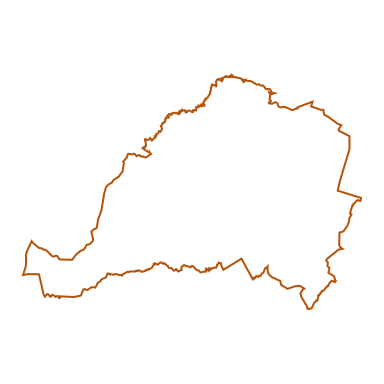 Naucalpan de Juárez, México, Mexico (Robinson projection)
{"feature_id": "50627088B48006947471790", "entity_name": "Naucalpan de Juárez", "entity_type": "district", "adm_level": 2, "iso_a3": "MEX", "parent_name": "Mexico", "parent_adm1": "México", "projection": "robinson", "projection_center": [-99.3, 19.474], "detail": "fine", "context": "isolated", "style": "outline", "palette": "amber", "viewbox_px": 384, "rotation_deg": 0, "n_neighbors": 0, "source": "geoboundaries", "source_scale": "gbopen_adm2", "svg_char_len": 5988}
<svg xmlns="http://www.w3.org/2000/svg" viewBox="0 0 384 384"><path d="M31.7,241.2L27.1,250.8L25.9,254.9L26.1,260.5L25.9,265.9L23.0,275.1L27.9,274.1L39.0,274.3L43.7,294.9L44.9,296.7L46.8,294.5L47.8,294.1L49.1,295.1L49.6,296.4L51.1,296.6L51.4,295.5L52.2,294.9L54.2,295.6L55.3,296.9L57.3,296.1L59.4,296.3L58.7,297.6L59.4,298.1L60.5,296.7L61.2,296.7L61.2,296.4L74.0,297.0L80.3,295.7L81.0,295.4L83.3,289.3L84.9,289.1L86.2,289.8L87.6,289.9L91.1,287.4L93.3,287.2L95.1,287.6L96.7,285.2L97.8,282.9L99.9,281.6L101.6,279.3L104.9,277.9L106.2,277.0L107.5,273.5L108.5,273.8L109.3,273.6L110.1,274.6L111.1,274.1L113.7,274.8L115.3,274.1L116.6,274.0L119.3,275.1L120.5,274.8L122.0,275.6L122.6,274.5L127.4,271.8L129.0,272.1L130.2,271.4L135.5,271.5L136.2,270.6L137.7,271.2L138.3,270.4L140.1,270.7L141.3,271.8L143.2,271.5L145.3,271.0L145.9,270.6L145.9,270.1L148.2,269.8L148.3,269.0L149.4,269.2L152.1,267.5L152.9,265.6L153.9,265.1L154.2,264.6L153.9,263.6L154.8,263.2L155.4,263.5L155.6,264.0L156.4,264.0L157.9,264.7L158.5,263.8L159.9,263.0L160.4,262.3L162.1,262.9L162.6,263.5L163.9,263.1L164.3,263.9L165.5,263.9L166.0,264.9L168.0,266.1L168.0,266.7L168.7,267.7L169.9,268.1L170.9,267.9L171.5,268.7L172.2,268.7L173.7,270.7L174.8,270.4L175.9,269.1L176.4,269.1L177.1,270.4L178.4,271.5L179.2,270.9L181.4,270.1L181.4,267.2L183.8,265.1L184.6,265.1L185.6,265.9L188.8,266.4L189.9,267.3L191.3,266.8L192.0,265.8L194.1,267.0L195.7,269.4L196.9,269.7L197.3,270.3L199.0,270.6L200.3,272.3L200.8,272.5L204.3,271.5L204.8,271.8L206.2,271.5L206.3,270.4L205.7,269.1L206.2,268.5L208.7,270.9L208.9,270.2L208.4,269.4L209.3,268.0L210.6,269.7L212.3,268.0L213.3,268.1L214.6,267.5L216.1,267.7L217.2,265.8L217.0,264.8L218.6,263.2L218.7,262.6L220.3,263.3L220.9,263.2L221.4,265.9L223.3,269.8L241.5,258.7L252.9,279.5L253.5,279.1L253.5,277.8L253.9,277.6L254.7,278.2L255.2,278.0L255.8,276.4L256.3,276.1L257.0,276.1L257.4,276.8L258.6,276.8L259.0,275.7L260.6,275.9L262.0,273.4L263.3,272.8L265.2,268.2L266.1,268.0L267.6,266.4L267.5,269.5L268.2,273.2L269.6,275.2L272.3,277.4L280.3,281.0L281.1,284.9L287.5,288.8L294.9,286.3L298.5,285.8L300.3,286.0L304.3,288.6L302.3,290.1L300.4,293.5L301.5,297.1L307.7,307.7L307.2,307.8L307.5,308.7L309.5,309.1L311.7,308.1L314.3,302.7L315.6,301.7L316.3,300.3L316.8,300.2L317.3,300.5L318.2,297.1L318.3,295.2L319.2,295.2L319.3,294.5L320.2,294.1L320.6,292.7L321.5,292.3L321.8,290.9L323.0,290.7L324.2,290.0L325.7,287.7L326.6,287.3L326.9,286.2L328.0,286.0L329.9,282.4L330.6,281.7L332.2,280.8L334.9,282.1L335.8,280.9L335.3,280.4L334.0,276.2L328.4,272.8L329.4,267.9L327.4,266.0L327.9,262.5L326.2,260.7L326.3,259.9L326.7,259.2L338.5,249.6L342.5,248.8L340.2,247.1L339.2,245.1L339.5,232.4L341.9,232.0L343.8,230.9L347.2,226.1L348.9,221.7L349.4,218.2L351.5,214.4L350.0,213.5L352.3,205.6L353.0,205.6L353.3,204.0L354.2,203.5L355.9,201.4L357.6,200.1L360.4,201.0L361.0,197.9L337.7,190.7L340.0,180.8L349.5,149.0L349.5,136.2L338.8,130.7L338.5,129.8L341.2,125.1L337.4,123.6L328.1,116.7L324.6,115.0L323.8,113.5L323.4,109.8L320.8,109.8L311.2,106.5L312.5,101.7L297.5,107.3L297.5,108.6L295.4,108.7L293.5,109.8L292.1,110.1L285.2,107.0L283.5,106.9L281.5,107.4L279.4,107.1L278.1,105.7L277.3,103.2L276.1,102.4L275.1,102.3L272.1,103.8L268.9,103.3L268.8,102.5L270.7,101.5L270.9,101.0L269.5,99.2L270.2,95.1L269.2,92.3L270.1,92.9L270.8,94.4L274.8,93.1L274.3,92.9L272.3,93.4L271.1,90.8L269.9,89.4L268.8,88.9L266.6,89.1L265.7,88.8L263.3,85.6L260.8,85.5L259.3,84.3L256.9,84.7L251.1,81.2L245.5,80.5L243.6,82.1L243.0,81.2L244.4,81.4L245.3,79.9L244.4,80.1L239.6,78.1L235.4,77.3L235.4,77.1L232.6,77.2L232.6,75.4L231.5,74.9L231.5,75.8L230.6,76.7L229.9,76.0L228.3,76.6L228.8,77.0L226.6,76.9L226.9,76.5L226.1,76.0L223.5,77.7L222.8,79.3L222.5,78.6L221.8,78.3L222.1,80.7L221.7,81.2L221.1,80.7L221.3,79.7L221.1,79.2L219.9,79.1L219.2,79.9L218.3,79.0L217.2,79.6L215.9,81.9L216.5,85.2L216.0,86.3L214.8,85.1L213.2,85.2L212.2,84.4L211.8,84.7L211.7,86.3L210.7,88.3L211.1,90.2L210.1,91.4L210.0,92.1L210.3,92.8L209.8,94.3L208.8,95.3L207.7,97.5L206.1,98.4L206.3,98.8L205.6,99.8L204.9,99.6L204.9,100.4L204.4,101.3L203.8,101.5L203.5,104.1L204.5,104.8L204.3,105.9L203.5,105.6L203.1,104.7L202.5,104.5L202.4,103.8L202.1,104.1L202.3,105.3L201.8,106.4L201.6,106.4L200.7,105.2L200.2,106.1L198.5,105.5L198.5,107.2L196.2,107.0L196.0,107.4L196.3,109.0L196.1,110.5L194.0,109.9L193.1,110.1L193.4,110.9L193.3,111.8L192.7,112.2L188.8,110.4L186.7,111.2L187.0,111.8L186.8,112.2L185.9,112.5L185.6,112.4L184.8,110.3L182.6,110.5L181.9,109.7L181.3,110.4L181.8,111.3L181.4,111.5L180.3,110.9L179.4,111.3L179.5,111.7L179.0,112.2L179.9,112.9L179.3,114.1L178.0,114.0L176.4,112.9L175.7,113.2L174.4,112.7L173.6,113.3L172.2,113.1L171.8,114.3L170.9,115.1L169.8,114.0L169.0,114.0L167.5,115.6L168.4,116.1L168.9,117.1L168.3,117.8L166.1,117.5L165.6,117.8L165.6,119.4L165.0,119.8L165.2,121.5L164.3,121.8L164.0,122.7L162.7,122.9L162.3,123.4L162.3,124.5L161.4,125.8L160.9,125.9L162.0,128.5L162.0,129.1L161.3,130.5L160.4,131.8L158.9,131.1L158.4,132.9L157.8,133.6L156.1,134.1L156.5,135.7L154.9,136.0L155.4,137.4L153.8,138.2L153.7,138.8L151.9,140.6L151.5,140.4L151.5,139.6L150.6,138.9L150.2,138.0L149.7,138.4L149.2,139.4L147.9,139.9L146.9,140.0L146.0,139.1L144.9,139.2L144.8,139.5L146.1,144.6L145.5,146.5L144.8,147.4L144.3,146.8L142.6,148.2L147.4,151.5L149.1,152.3L149.3,151.8L149.7,152.6L151.1,153.9L146.0,157.4L144.1,157.1L143.1,156.3L141.7,156.7L140.9,156.4L139.6,155.1L139.1,155.0L136.6,156.1L136.0,155.6L135.4,154.5L133.9,153.7L132.0,154.5L128.5,153.8L127.7,154.3L126.8,157.5L123.2,161.6L123.9,163.1L122.6,171.5L121.2,173.0L118.9,176.5L113.5,180.1L111.5,183.0L109.6,183.7L106.7,186.3L105.9,187.6L104.1,194.0L101.5,209.9L100.0,214.6L98.2,218.9L96.8,227.3L96.3,228.2L93.6,229.5L91.3,231.5L93.1,239.2L92.9,240.9L90.0,243.9L88.8,244.5L86.9,244.7L84.1,249.3L82.9,249.7L82.3,250.4L80.7,250.7L75.8,254.9L72.1,259.8L60.0,259.5L59.3,259.2L57.3,256.1L56.0,255.7L54.1,256.5L52.3,256.3L46.1,250.1L44.9,249.7L43.2,249.6L42.3,248.6L38.6,247.7L32.3,242.2L31.7,241.2Z" fill="none" stroke="#b45309" stroke-width="2"/></svg>